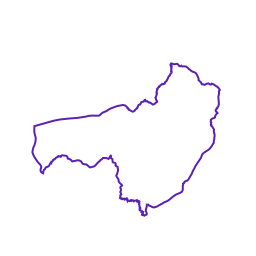 outline of Si Mueang Mai, Ubon Ratchathani, Thailand, rotated 211°
{"feature_id": "78962969B56370266169267", "entity_name": "Si Mueang Mai", "entity_type": "district", "adm_level": 2, "iso_a3": "THA", "parent_name": "Thailand", "parent_adm1": "Ubon Ratchathani", "projection": "natural_earth1", "projection_center": [105.345, 15.559], "detail": "fine", "context": "isolated", "style": "outline", "palette": "violet", "viewbox_px": 256, "rotation_deg": 211, "n_neighbors": 0, "source": "geoboundaries", "source_scale": "gbopen_adm2", "svg_char_len": 5651}
<svg xmlns="http://www.w3.org/2000/svg" viewBox="0 0 256 256"><g transform="rotate(211 128 128)"><path d="M209.2,81.4L206.3,76.3L202.0,72.0L200.9,70.0L200.3,68.6L199.3,65.0L199.2,63.3L198.7,61.2L197.5,58.0L194.9,55.9L192.8,54.7L187.9,52.4L184.2,51.3L182.7,50.4L182.2,49.8L181.5,47.2L181.1,46.6L180.7,46.1L179.4,45.4L177.4,45.4L177.5,45.9L178.3,46.7L178.2,47.5L178.5,48.9L178.0,50.2L178.2,51.7L177.8,52.5L177.0,53.2L176.2,55.0L176.4,57.0L176.2,57.7L176.0,57.8L176.3,58.3L176.0,58.6L176.1,59.0L175.8,58.9L176.0,59.7L175.6,60.7L175.7,61.9L175.3,62.1L175.3,62.9L175.1,63.5L174.8,63.6L174.4,64.4L174.5,65.3L173.9,66.3L173.3,66.9L173.2,67.3L173.4,67.6L173.1,68.2L172.1,68.4L171.8,68.7L171.5,68.4L171.1,68.5L170.7,69.0L170.9,69.5L170.8,70.1L170.2,70.8L166.4,72.4L165.5,72.2L164.7,71.8L164.2,70.9L163.9,70.7L162.8,71.1L160.9,71.4L159.0,70.7L158.5,70.7L155.0,74.0L153.9,74.8L152.9,75.1L151.2,75.2L150.2,74.9L148.9,74.1L148.1,74.1L146.6,74.5L144.8,75.4L140.7,74.6L140.2,74.7L137.1,77.8L136.9,78.3L135.8,83.7L135.3,84.9L135.0,86.6L134.4,87.5L134.0,89.4L131.3,91.1L128.7,91.5L128.6,92.4L128.7,94.8L128.5,95.4L128.1,95.2L127.4,93.5L125.3,93.3L123.7,91.0L123.0,90.8L121.3,91.4L120.4,91.2L119.9,90.7L119.4,89.4L119.2,89.3L116.9,89.3L114.7,86.7L113.6,82.7L113.7,82.1L113.5,81.2L112.4,80.3L109.6,79.0L108.7,77.6L107.7,77.0L106.8,76.6L104.4,76.2L103.5,75.7L103.6,75.0L104.1,74.0L104.0,73.1L103.7,72.7L103.0,72.4L102.7,71.8L101.9,71.1L101.7,70.2L101.7,69.1L101.1,68.9L99.7,67.7L99.9,67.4L99.9,67.1L99.7,66.9L99.9,66.3L99.0,65.1L99.1,64.7L99.0,64.1L98.5,63.7L97.7,63.8L97.1,64.4L96.6,64.0L96.1,64.3L95.8,64.3L95.6,64.9L95.0,65.4L94.3,65.0L94.2,65.4L93.8,65.2L93.1,65.8L93.3,66.5L92.9,67.1L92.2,66.7L92.0,66.2L91.8,66.3L91.5,65.9L91.1,65.8L91.1,65.4L90.7,65.1L90.7,65.5L90.6,65.4L90.2,65.9L89.7,66.2L89.1,66.1L88.8,66.4L88.2,66.7L88.4,67.3L88.1,67.3L88.1,67.5L87.7,67.6L87.7,68.1L87.2,68.3L86.9,68.0L86.4,68.6L85.2,68.2L84.9,69.1L83.9,69.8L83.3,70.7L82.7,70.1L82.8,70.4L82.6,70.4L82.4,69.9L82.2,70.0L82.0,69.8L81.9,70.2L82.1,70.4L81.5,70.5L81.6,70.8L81.4,71.0L81.2,71.0L81.1,70.6L80.7,70.7L80.7,70.3L80.3,70.0L80.1,70.1L80.0,69.7L79.7,69.6L79.4,69.1L79.5,68.8L79.2,68.2L78.5,67.8L77.8,66.6L77.4,66.3L77.0,66.3L76.3,65.8L76.5,65.4L76.2,65.1L76.3,64.7L75.9,64.7L75.8,64.3L75.3,63.8L75.3,63.6L73.7,64.1L73.5,63.6L73.1,63.5L73.0,63.0L72.0,63.6L72.0,63.2L71.7,63.3L71.5,62.9L71.6,62.5L71.2,62.2L71.5,61.9L71.5,61.7L71.2,61.7L71.2,61.0L70.9,61.1L70.7,60.9L70.5,61.1L69.7,61.2L69.4,61.4L68.9,61.3L68.4,62.3L67.6,63.1L67.5,63.8L68.6,65.1L69.7,65.8L70.4,66.6L71.6,70.6L72.4,72.0L71.0,72.8L70.0,72.3L68.5,72.7L66.6,72.7L65.4,73.0L64.7,73.4L62.7,75.6L62.0,77.0L59.5,81.2L58.7,82.9L56.5,85.9L55.6,87.9L54.1,92.4L52.7,95.5L49.7,99.6L49.1,101.0L49.0,102.4L49.4,103.6L51.2,106.5L51.4,107.6L52.1,108.6L51.9,108.8L51.9,109.5L51.6,109.8L51.7,110.9L51.5,111.7L51.1,112.4L50.1,113.4L49.7,114.9L49.8,118.7L49.7,121.2L50.3,124.7L50.3,127.6L50.6,129.8L50.1,140.2L50.8,143.5L50.3,145.7L47.6,151.2L47.2,152.9L46.9,156.0L47.0,158.4L46.8,159.5L47.7,160.8L48.4,163.2L49.0,163.9L49.4,165.3L50.7,167.4L51.6,167.9L51.7,168.3L52.1,168.6L53.3,170.3L53.5,171.0L56.6,172.6L57.9,172.8L58.0,173.3L58.4,173.2L58.8,173.7L59.0,174.6L59.6,175.2L59.5,175.6L60.0,176.0L60.2,175.9L60.7,176.5L60.9,178.1L61.1,178.1L60.9,179.0L59.1,181.3L58.9,181.9L59.4,182.9L59.5,184.4L59.3,185.8L58.9,186.9L59.8,187.3L61.0,187.4L62.1,188.4L62.0,190.0L61.7,190.6L62.1,190.8L61.8,192.1L61.9,193.9L62.5,195.5L66.6,201.2L67.0,202.2L67.6,204.3L68.9,206.2L69.1,207.6L68.9,207.9L70.7,208.9L72.1,209.0L72.5,209.4L74.6,209.3L76.5,209.5L79.0,209.2L79.3,207.9L80.2,207.6L81.9,207.7L83.5,206.3L84.6,204.4L86.5,204.1L87.0,203.5L87.3,203.5L88.9,204.7L92.1,205.3L92.9,206.6L93.7,207.3L96.1,209.0L98.2,210.0L99.6,210.0L101.6,209.6L103.2,209.5L104.9,209.9L106.0,209.8L107.4,210.3L110.0,210.6L113.4,208.7L114.3,208.9L114.6,208.3L115.2,207.7L115.8,207.8L116.2,207.6L117.0,208.0L118.7,208.3L119.4,208.0L121.0,206.5L124.3,205.6L124.4,205.3L124.2,204.2L123.9,204.2L123.8,203.9L123.4,204.0L123.0,203.3L122.6,203.4L122.6,203.0L122.3,203.1L122.0,202.9L121.8,201.6L121.2,201.2L121.2,200.7L120.9,200.4L120.7,199.7L120.4,199.3L120.4,199.0L120.3,198.8L119.9,198.9L119.9,198.6L119.3,198.2L119.1,197.7L119.3,196.9L119.5,195.7L119.2,194.4L119.6,193.6L119.5,193.4L119.7,192.3L119.3,191.4L119.4,189.7L119.1,188.3L119.3,187.5L119.6,187.3L119.8,186.7L119.8,186.2L119.5,185.6L119.6,185.3L119.5,184.7L120.1,184.4L120.5,183.5L121.4,183.4L121.4,183.0L122.2,181.3L122.2,180.5L122.6,180.1L122.9,179.5L122.9,179.0L122.7,178.9L122.8,178.8L122.8,178.0L123.1,177.4L123.1,176.8L123.2,176.4L122.6,176.1L122.7,175.7L122.6,175.1L122.2,174.3L122.1,173.3L121.5,172.9L121.2,172.8L121.2,172.5L121.0,172.4L121.0,171.8L120.6,171.5L120.1,168.8L119.9,168.6L120.0,168.0L119.5,167.8L118.6,166.8L116.8,165.9L116.5,165.6L116.5,165.3L116.8,164.7L117.2,164.1L117.6,162.5L117.9,161.7L118.7,160.9L122.2,161.2L122.5,161.1L122.8,160.7L123.1,160.9L124.0,160.6L124.3,160.8L124.9,160.7L125.3,160.9L126.1,160.4L126.3,160.1L127.0,160.2L127.1,160.5L127.8,161.0L128.2,160.6L128.3,159.0L128.2,158.7L129.8,157.1L130.0,156.7L129.7,155.6L129.8,154.7L129.7,154.4L130.2,154.1L130.9,153.0L130.5,151.7L130.6,150.6L130.4,150.6L130.3,149.7L131.3,147.3L131.1,146.5L131.5,146.0L131.6,145.2L132.5,144.4L133.0,144.3L136.1,144.2L136.7,144.0L137.1,144.1L137.6,144.7L138.0,144.7L137.9,144.9L140.8,145.7L142.0,145.8L144.1,145.2L148.6,141.2L152.9,135.8L154.1,133.8L155.3,131.1L156.7,129.5L156.8,129.1L157.1,128.9L157.5,128.3L158.4,126.2L158.6,124.9L159.2,123.7L163.2,121.2L164.3,120.7L168.2,118.0L169.7,116.3L176.6,110.6L183.9,105.4L190.5,100.4L195.2,96.2L209.2,81.4Z" fill="none" stroke="#5b21b6" stroke-width="2"/></g></svg>